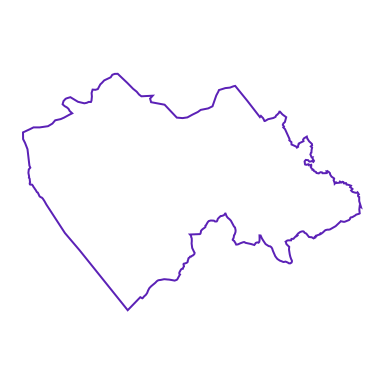 outline of Eloxochitlán, Puebla, Mexico
{"feature_id": "50627088B39067728533563", "entity_name": "Eloxochitlán", "entity_type": "district", "adm_level": 2, "iso_a3": "MEX", "parent_name": "Mexico", "parent_adm1": "Puebla", "projection": "mercator", "projection_center": [-96.905, 18.503], "detail": "fine", "context": "isolated", "style": "outline", "palette": "violet", "viewbox_px": 384, "rotation_deg": 0, "n_neighbors": 0, "source": "geoboundaries", "source_scale": "gbopen_adm2", "svg_char_len": 5981}
<svg xmlns="http://www.w3.org/2000/svg" viewBox="0 0 384 384"><path d="M307.3,138.5L306.8,136.6L304.0,138.3L303.1,139.6L303.5,141.2L299.1,143.3L298.9,144.0L298.6,144.0L298.0,146.3L298.1,146.8L296.9,147.6L296.2,146.6L293.6,145.4L291.5,144.5L291.4,142.1L289.3,140.3L289.6,139.2L285.0,129.1L283.3,127.4L284.0,126.6L282.8,124.9L283.4,123.4L284.9,122.0L286.2,117.2L282.4,114.4L280.0,111.7L279.5,111.7L279.4,111.7L278.8,113.1L277.5,114.3L277.3,114.7L276.9,114.9L276.1,115.5L275.5,116.9L273.3,118.0L268.1,119.2L265.2,120.9L264.5,121.0L263.1,118.2L260.9,115.9L259.9,117.1L247.3,100.8L235.2,85.9L233.4,86.3L230.0,87.6L225.3,88.1L218.9,90.1L218.4,91.5L216.3,95.4L212.5,106.3L208.2,108.4L200.7,109.9L197.8,112.0L192.5,114.6L187.4,117.4L182.6,118.1L176.8,117.6L164.6,104.7L151.1,102.2L150.1,98.6L152.7,95.7L141.4,96.3L139.1,94.6L136.7,91.7L133.1,88.8L127.3,82.9L117.7,73.8L114.7,73.9L112.3,74.8L110.7,77.3L104.2,80.4L101.9,82.9L100.3,84.4L97.8,89.1L95.4,89.8L92.6,89.6L91.6,93.0L91.9,96.5L91.5,100.6L90.9,102.0L88.7,101.9L86.8,102.8L84.3,103.3L78.0,101.8L70.4,97.2L67.0,98.2L65.6,98.8L63.5,101.1L62.6,104.3L64.6,106.1L66.9,107.4L68.5,108.8L69.7,111.0L72.2,113.3L69.2,114.8L64.1,117.6L60.7,119.1L55.2,120.3L52.4,123.6L48.0,126.2L39.7,127.4L33.5,127.4L30.1,129.1L23.0,132.4L23.1,139.1L25.0,142.8L27.5,149.2L29.4,165.6L30.3,167.7L28.8,169.4L28.4,172.9L29.1,176.4L28.9,177.7L29.3,178.0L29.7,178.9L29.9,181.4L30.1,182.1L29.9,182.4L29.9,182.9L29.7,183.3L29.8,184.1L29.9,184.4L30.4,184.6L31.5,184.6L31.9,184.6L32.2,184.8L33.0,185.9L33.3,186.6L34.6,188.4L34.7,188.7L35.5,189.7L36.6,191.6L37.0,192.2L37.8,192.6L39.6,196.4L40.6,197.1L41.8,197.6L42.8,198.6L44.5,201.2L46.4,204.6L64.9,233.0L79.7,250.4L127.7,310.2L140.3,297.2L142.3,298.3L142.8,298.0L144.0,296.5L145.9,294.8L147.2,292.9L148.0,290.7L149.3,288.2L151.1,286.3L155.4,282.7L156.8,281.2L158.2,280.3L159.2,280.1L160.8,279.9L164.1,279.2L165.6,279.3L167.5,279.5L169.0,279.6L170.9,279.9L173.6,280.4L174.7,280.6L176.8,279.8L177.5,279.0L178.7,276.7L180.0,274.5L179.5,274.2L179.3,273.6L179.3,272.8L179.7,271.8L181.0,269.5L182.0,268.8L182.8,268.8L183.2,267.6L183.6,266.9L184.0,266.4L184.0,266.1L183.9,265.8L183.7,265.3L183.5,264.5L183.5,264.1L183.8,263.7L184.2,263.6L185.2,263.4L186.2,263.0L187.0,262.6L187.5,262.1L187.7,261.8L187.8,260.5L188.3,259.4L188.4,258.4L188.8,257.9L189.5,257.6L189.8,257.3L190.0,256.7L190.3,256.5L191.3,256.5L191.7,256.0L193.0,255.4L193.5,254.8L193.9,254.6L194.3,254.1L194.5,253.5L194.6,252.7L194.1,252.0L192.2,248.0L191.6,243.5L191.8,240.9L191.7,238.2L191.2,237.1L191.2,236.7L191.0,235.9L190.7,235.3L190.0,234.5L199.8,234.1L200.3,233.8L200.6,233.2L201.1,230.7L202.1,229.6L203.2,228.7L204.4,227.9L205.4,227.0L205.5,226.4L205.4,225.7L206.1,225.1L206.9,223.6L207.8,222.1L208.7,221.1L210.7,220.5L212.2,220.5L212.9,220.7L213.5,220.6L214.0,220.7L214.8,221.4L215.9,221.5L216.7,221.4L217.3,220.6L217.6,219.3L218.2,218.4L219.2,217.4L220.0,216.6L220.8,216.0L221.6,216.0L222.8,215.6L223.6,215.3L224.2,214.9L225.2,213.5L225.5,213.5L226.7,216.4L227.8,217.8L229.5,219.2L230.9,220.7L234.0,226.5L235.0,227.5L235.6,230.2L235.5,232.0L234.8,234.1L234.4,234.9L234.0,235.3L233.8,237.0L233.4,238.4L232.8,239.3L232.7,239.8L233.3,240.4L234.2,241.0L234.7,241.9L235.4,242.9L235.7,243.7L236.2,244.6L237.9,244.4L240.5,243.2L242.4,242.5L243.5,242.1L244.5,242.1L245.4,242.8L251.0,244.0L254.3,245.0L255.3,243.7L255.7,243.0L256.5,242.6L257.8,242.4L258.5,242.7L259.2,242.0L259.5,240.6L259.6,239.1L259.5,235.4L260.6,235.5L261.9,238.4L263.5,241.0L265.6,244.1L268.7,246.1L270.3,246.4L271.4,247.3L272.2,248.6L272.9,250.8L275.3,256.3L277.3,258.9L279.8,260.6L281.5,261.2L283.1,261.9L283.7,262.0L285.6,261.6L287.7,262.5L288.9,263.3L290.1,263.4L291.5,262.6L291.9,261.7L291.9,260.6L291.1,259.0L290.3,256.7L289.7,254.1L289.0,249.6L289.2,246.8L287.1,244.8L286.2,243.7L286.2,243.2L286.0,242.4L285.6,241.7L287.3,240.5L288.7,240.3L291.1,240.3L291.5,238.9L293.5,238.8L294.3,237.8L295.7,236.4L296.3,236.4L297.0,235.9L297.5,235.4L296.9,235.0L298.1,233.5L300.2,232.0L301.6,231.5L303.0,231.3L303.9,231.7L304.5,232.7L306.3,233.6L309.0,237.0L311.0,237.2L311.6,237.2L313.6,238.4L315.3,237.5L314.9,236.8L315.6,236.4L315.6,236.5L316.0,236.3L315.8,235.9L315.9,235.7L316.2,235.6L316.3,235.7L317.2,235.4L317.7,235.1L319.3,234.6L319.6,234.6L320.5,234.1L320.2,233.6L320.4,233.4L320.8,233.8L321.7,233.4L322.2,232.9L322.6,232.7L325.2,230.3L325.6,230.1L327.2,229.7L328.6,229.7L330.0,229.4L335.6,226.2L340.7,221.4L340.8,221.2L343.5,221.8L344.6,221.8L349.1,220.0L349.9,219.1L350.4,217.7L350.8,217.4L351.1,217.3L351.7,217.3L352.2,217.1L352.4,217.1L355.3,215.4L356.2,214.6L359.0,213.8L359.7,213.4L359.3,209.5L359.7,206.2L361.0,207.1L359.2,201.1L359.2,197.0L358.2,196.4L358.0,195.0L358.2,194.8L358.4,194.5L358.8,194.3L358.1,193.1L357.5,192.3L357.1,192.7L356.2,192.8L355.4,192.7L354.2,192.4L352.4,191.8L351.1,190.5L352.5,189.0L351.1,187.8L350.1,187.1L351.0,185.7L349.0,185.0L347.9,184.7L346.6,184.6L346.4,183.8L346.0,183.1L345.1,183.2L345.0,183.4L343.8,183.3L343.6,182.4L343.3,182.0L342.4,181.8L341.8,182.3L341.6,182.3L341.3,182.5L340.3,181.7L339.9,181.6L339.7,182.7L336.4,183.0L336.0,182.4L334.7,183.7L334.6,182.8L333.6,180.1L334.2,178.8L334.1,178.4L331.5,176.6L330.2,174.6L329.9,173.1L328.8,172.0L327.5,171.2L327.4,171.4L326.5,171.3L326.8,172.6L326.3,172.8L326.4,173.1L324.9,173.2L322.5,173.2L322.2,172.6L322.0,172.4L320.7,172.2L319.4,172.8L318.8,173.4L316.5,173.0L315.9,171.9L314.2,171.2L313.7,170.6L313.5,169.9L312.6,169.8L312.7,169.3L311.7,168.6L310.9,167.2L310.6,166.8L311.3,166.0L311.2,164.9L310.5,165.2L309.8,164.8L309.3,164.8L308.9,164.6L308.6,164.9L308.3,164.3L306.3,164.8L305.1,164.5L305.0,164.3L304.6,161.4L304.7,161.2L305.8,159.9L308.2,160.2L309.1,161.4L309.4,161.6L310.9,161.4L312.0,161.0L313.3,161.9L314.0,160.9L312.7,158.8L312.5,157.5L312.6,157.3L311.6,157.3L310.4,154.4L310.7,153.8L310.9,152.9L311.4,152.6L311.6,149.8L312.1,147.6L311.2,146.8L310.8,146.4L312.1,145.4L311.9,143.9L309.1,141.3L308.2,139.9L307.4,138.5L307.3,138.5Z" fill="none" stroke="#5b21b6" stroke-width="2"/></svg>